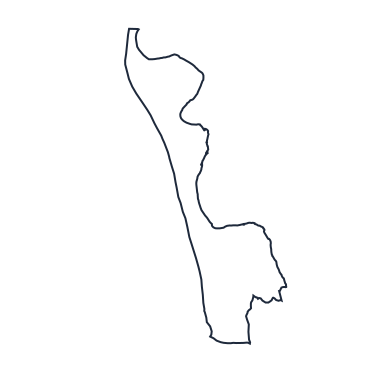 Imbaba, Al Jizah, Egypt (Natural Earth projection), rotated 26°
{"feature_id": "37247803B76869719120733", "entity_name": "Imbaba", "entity_type": "district", "adm_level": 2, "iso_a3": "EGY", "parent_name": "Egypt", "parent_adm1": "Al Jizah", "projection": "natural_earth1", "projection_center": [30.99, 30.22], "detail": "fine", "context": "isolated", "style": "outline", "palette": "slate", "viewbox_px": 384, "rotation_deg": 26, "n_neighbors": 0, "source": "geoboundaries", "source_scale": "gbopen_adm2", "svg_char_len": 6006}
<svg xmlns="http://www.w3.org/2000/svg" viewBox="0 0 384 384"><g transform="rotate(26 192 192)"><path d="M318.3,236.1L318.1,235.6L317.8,235.4L317.6,235.2L317.4,234.5L317.1,234.0L316.8,233.7L316.5,233.5L315.9,233.3L313.9,231.2L312.4,229.4L311.4,229.2L310.5,228.8L310.0,228.4L309.6,228.1L309.1,227.7L308.7,227.1L307.9,226.8L307.1,226.4L305.8,225.6L305.0,224.7L304.1,223.8L303.1,223.0L301.9,222.2L301.0,221.3L299.9,220.0L299.2,219.0L298.6,218.1L298.1,217.5L297.7,217.3L297.3,217.1L296.2,216.7L295.2,216.1L293.5,214.9L292.8,214.5L292.1,214.2L292.0,213.8L291.8,213.6L291.5,213.4L291.2,213.3L289.8,211.4L289.0,210.1L288.6,209.3L288.2,208.6L286.9,206.9L286.5,206.2L286.0,205.4L285.6,204.5L285.3,203.5L285.0,203.0L284.6,202.3L284.0,201.7L283.6,201.3L283.2,201.0L282.7,200.7L282.2,200.5L281.8,200.4L281.6,200.6L281.3,200.7L280.8,200.6L279.2,199.6L277.4,198.4L275.0,196.9L274.4,196.4L273.9,195.8L273.8,195.2L273.8,194.4L273.6,194.3L273.4,194.0L273.1,193.7L272.7,193.6L272.3,193.6L272.0,193.5L271.7,193.1L271.6,192.8L270.8,192.7L270.1,192.7L269.4,192.7L268.8,192.8L268.3,192.7L267.8,192.6L267.3,192.7L266.9,192.9L266.3,193.1L265.5,193.1L264.6,192.9L264.1,192.9L263.5,193.0L262.9,193.2L262.7,193.2L262.2,193.1L262.0,192.9L261.9,192.6L261.2,192.7L260.5,192.9L259.8,193.2L259.4,193.6L258.9,193.8L257.9,194.1L257.2,194.4L256.6,194.8L256.1,195.1L255.1,196.2L254.0,197.1L253.1,197.7L252.1,198.3L252.1,198.5L252.9,198.5L253.0,198.6L252.9,198.7L252.7,198.7L252.2,198.8L251.7,199.0L251.3,199.2L250.8,199.5L249.4,200.7L247.4,202.2L245.9,202.8L244.6,203.4L243.3,204.1L242.1,204.9L240.5,205.6L239.6,206.2L238.4,207.0L238.1,207.3L237.5,208.0L237.0,208.6L236.5,209.4L236.1,210.2L234.7,211.2L233.0,212.4L231.3,213.3L229.6,214.1L228.5,214.4L227.7,214.4L226.9,214.4L226.2,214.2L225.3,213.9L224.9,213.6L224.5,213.2L224.2,212.7L224.0,212.1L222.7,211.7L221.3,211.2L220.2,210.6L218.6,209.6L217.1,208.7L215.6,208.0L214.1,207.4L208.4,204.1L207.4,203.1L206.5,202.3L205.4,201.1L203.6,199.3L202.4,197.9L201.4,196.5L200.8,196.0L200.2,195.3L199.8,194.6L199.3,193.7L198.6,192.5L198.1,191.5L196.9,190.1L196.1,188.9L195.5,187.9L193.0,184.0L192.3,182.8L191.7,181.5L191.6,180.9L191.3,180.4L191.3,179.7L191.1,179.0L190.9,177.7L190.7,177.1L190.4,176.2L190.3,175.8L190.3,175.0L190.3,174.1L190.5,173.4L190.5,172.7L190.7,172.1L190.8,171.4L190.7,170.9L190.7,170.3L190.7,169.6L190.7,169.0L190.5,167.6L190.3,167.0L190.1,166.6L189.9,165.3L189.6,164.0L189.0,162.8L188.5,161.9L188.5,163.5L188.4,163.6L188.2,163.5L188.1,160.3L188.0,160.1L187.8,159.8L188.0,158.4L188.0,157.2L188.0,156.0L187.9,154.5L187.9,154.1L188.0,153.6L188.0,153.0L188.1,152.6L188.3,152.3L188.4,151.6L188.6,151.0L189.0,150.2L188.7,149.9L188.4,149.4L188.3,148.9L188.4,148.4L188.2,148.7L188.2,149.1L187.9,149.2L188.0,150.2L187.9,151.2L187.7,151.2L187.5,150.8L187.6,150.5L187.7,149.9L187.6,149.0L187.9,148.8L187.9,147.6L187.9,146.6L187.0,145.3L186.4,144.3L186.1,144.2L185.9,144.1L185.7,143.9L185.7,143.6L184.8,142.9L184.5,142.6L184.1,142.0L183.9,141.3L183.7,141.4L183.4,141.3L183.2,141.1L183.2,139.9L182.8,138.8L182.6,137.6L182.3,136.6L181.7,134.1L181.5,132.8L180.9,132.3L180.4,131.7L180.0,131.0L179.8,130.2L179.0,129.7L178.1,129.4L177.1,129.3L176.0,129.5L175.7,129.6L175.4,129.8L175.1,129.9L174.9,130.1L175.4,130.3L175.7,130.4L176.0,130.7L176.3,130.9L176.2,131.1L175.9,131.2L174.2,130.1L173.2,129.5L172.5,129.1L171.2,128.5L170.8,128.5L170.3,128.4L170.2,128.2L169.9,127.9L169.7,127.9L169.4,127.8L168.7,128.1L167.9,128.4L167.2,128.9L166.5,129.5L162.0,131.4L160.2,131.7L158.4,131.9L156.7,132.1L155.0,132.0L153.7,131.9L152.5,131.6L151.3,131.2L150.0,130.6L149.2,129.9L148.5,129.2L148.0,128.4L147.5,127.5L147.3,126.9L147.2,126.6L147.1,125.3L147.1,123.9L147.3,122.9L147.2,122.3L147.1,121.8L147.1,121.3L147.2,120.6L148.0,118.0L148.8,115.6L148.7,115.3L148.6,115.0L148.6,114.7L148.7,114.4L148.9,113.9L149.2,113.6L149.6,112.9L150.0,111.6L150.3,110.2L151.0,109.7L151.7,109.0L152.2,108.3L152.5,107.5L153.0,105.1L153.4,102.6L153.6,102.0L153.7,101.3L153.6,100.4L153.5,99.6L153.3,92.5L153.1,91.4L153.0,90.5L153.0,89.8L152.9,89.1L152.8,88.3L152.8,87.3L153.0,86.3L152.2,84.3L151.2,82.3L150.5,81.6L149.6,80.9L149.1,80.6L148.4,80.4L146.3,80.1L144.5,79.8L143.4,79.3L142.6,79.0L141.6,78.7L140.6,78.5L139.6,78.0L138.7,77.7L137.8,77.5L136.6,77.2L132.5,76.7L130.8,76.6L128.9,76.5L127.0,76.3L125.3,76.3L124.3,76.3L123.1,76.5L122.6,76.5L122.0,76.4L121.5,76.2L121.1,76.0L120.5,75.6L119.0,75.5L117.3,75.7L115.8,76.1L114.8,77.1L113.9,78.0L113.1,78.9L112.1,80.2L111.2,80.8L110.5,81.4L109.2,82.6L108.3,83.1L107.4,83.6L106.9,84.1L106.2,84.7L105.3,85.2L103.7,86.5L102.8,87.0L100.3,88.8L97.8,90.3L95.0,91.6L92.8,91.3L88.5,90.3L82.0,87.4L79.1,85.5L75.6,80.6L74.7,79.3L73.7,77.6L72.7,74.5L72.6,73.7L72.5,72.3L72.5,71.4L72.6,70.4L72.8,69.2L72.0,69.2L63.9,72.9L65.6,78.7L72.2,96.6L74.2,103.0L76.1,106.7L82.1,113.7L85.7,118.0L92.1,123.5L98.7,127.9L108.3,133.4L115.7,137.7L121.2,141.2L128.1,146.7L132.5,149.9L139.6,154.8L142.2,157.2L145.6,160.0L152.9,166.8L156.0,170.3L156.7,171.3L162.7,177.9L167.9,183.4L172.9,190.4L176.2,194.7L181.9,202.5L186.6,206.9L192.4,213.8L197.6,218.5L203.1,225.4L209.4,233.7L214.0,238.5L224.6,249.7L230.4,256.2L233.7,260.1L238.8,266.6L242.4,272.8L246.8,279.7L250.8,286.7L254.4,291.7L255.2,293.6L256.2,294.4L259.9,298.6L262.4,302.5L267.2,304.8L270.8,308.6L271.9,311.7L271.7,314.0L275.5,314.0L279.2,314.8L283.6,314.4L286.5,313.7L290.5,312.2L293.0,311.0L295.2,309.5L298.1,308.3L304.0,305.3L307.2,303.4L308.3,302.9L310.5,302.9L310.1,301.6L308.0,299.7L304.0,292.9L301.1,286.1L297.4,282.5L295.1,280.0L294.9,279.1L294.9,276.4L294.5,275.2L294.9,273.3L295.6,272.1L296.0,270.6L294.9,268.7L293.8,266.4L293.5,265.2L293.8,262.9L293.5,261.4L293.1,259.4L292.6,258.2L295.3,258.7L296.4,258.3L298.1,259.1L298.6,257.9L300.4,257.5L302.9,258.7L306.6,259.1L309.1,257.9L310.2,256.0L311.0,254.5L311.0,252.9L311.1,251.6L311.3,251.4L312.8,251.4L315.0,252.2L317.5,251.8L319.0,250.3L320.1,250.3L313.9,243.0L314.3,242.9L314.3,238.7L315.4,237.6L316.8,236.8L317.7,236.6L318.3,236.1Z" fill="none" stroke="#1e293b" stroke-width="2"/></g></svg>